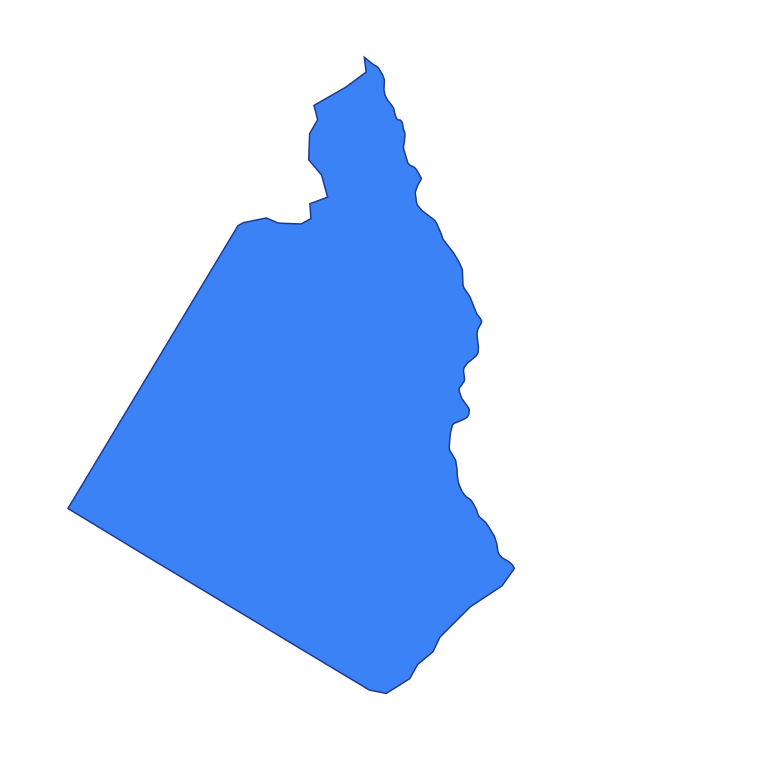 the district of Buffalo, Wisconsin, United States of America, rotated 211°
{"feature_id": "52423323B72529674503227", "entity_name": "Buffalo", "entity_type": "district", "adm_level": 2, "iso_a3": "USA", "parent_name": "United States of America", "parent_adm1": "Wisconsin", "projection": "natural_earth1", "projection_center": [-91.809, 44.311], "detail": "fine", "context": "isolated", "style": "filled", "palette": "blue", "viewbox_px": 768, "rotation_deg": 211, "n_neighbors": 0, "source": "geoboundaries", "source_scale": "gbopen_adm2", "svg_char_len": 1767}
<svg xmlns="http://www.w3.org/2000/svg" viewBox="0 0 768 768"><g transform="rotate(211 384 384)"><path d="M500.5,114.1L319.5,114.1L239.0,114.1L222.7,119.9L210.2,144.7L210.7,161.0L204.1,179.8L205.7,195.9L195.4,237.2L178.9,271.7L177.2,293.0L180.9,295.2L185.6,296.0L193.6,295.9L197.4,297.2L199.6,298.5L205.0,305.1L211.1,310.5L225.1,317.6L233.2,319.1L235.0,319.8L237.4,321.4L238.7,322.7L239.4,323.5L244.0,326.4L249.0,329.0L251.5,329.6L255.6,329.7L258.3,330.5L261.8,332.1L266.7,335.6L269.8,338.2L274.8,344.2L277.2,348.2L283.4,355.6L293.1,360.8L295.1,362.6L300.3,372.9L302.1,377.2L304.1,383.5L304.1,384.5L303.5,386.5L298.5,393.3L296.2,397.0L295.5,399.2L295.8,402.0L297.6,405.8L299.0,407.0L309.9,411.7L315.1,415.9L316.9,418.2L317.4,419.8L316.6,426.9L317.2,429.4L322.3,435.8L323.3,437.6L323.8,439.9L323.2,444.9L319.4,455.6L319.6,459.4L321.8,463.9L328.9,473.1L331.0,476.6L331.8,479.7L332.0,486.2L332.7,488.2L334.8,489.6L340.8,492.0L345.2,495.4L355.4,503.1L364.6,507.4L367.1,509.3L375.9,522.6L382.8,527.3L391.4,532.0L407.9,538.4L412.3,542.2L421.2,548.5L424.9,550.4L440.7,552.2L447.5,554.6L448.9,555.7L449.3,556.0L455.7,564.0L456.5,566.7L457.6,573.0L457.5,578.4L458.0,579.6L467.1,584.7L470.1,585.4L474.3,584.8L477.4,585.8L488.3,595.7L489.6,597.5L491.0,601.4L493.9,607.7L495.8,610.4L499.3,613.0L502.6,617.3L505.0,618.5L505.9,618.6L508.1,617.7L509.9,618.0L513.5,620.8L517.5,625.1L520.6,626.7L526.9,629.1L530.6,631.3L532.9,633.1L535.8,636.6L540.2,644.8L544.3,648.2L551.4,652.0L553.4,652.4L558.4,652.4L569.1,653.9L560.0,642.1L569.6,618.8L587.5,586.8L577.0,576.3L576.7,560.3L564.0,537.4L545.2,531.0L528.6,515.1L540.4,500.4L531.8,488.1L537.6,478.4L557.4,467.5L570.3,465.8L587.5,450.0L590.7,444.6L590.8,114.5L500.5,114.1Z" fill="#3b82f6" stroke="#1e3a8a" stroke-width="1.5"/></g></svg>